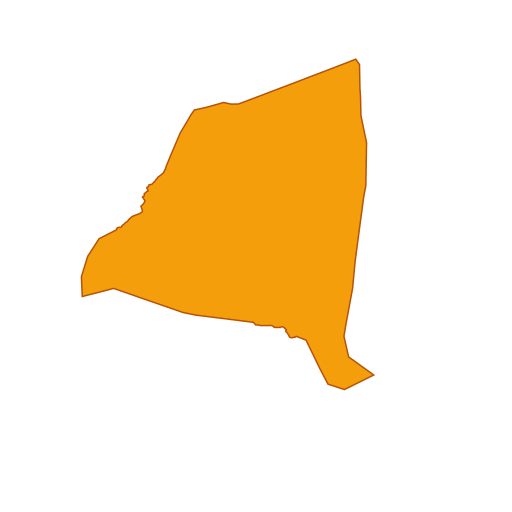 Naran, Sühbaatar, Mongolia, rotated 155°
{"feature_id": "93677404B66780869720119", "entity_name": "Naran", "entity_type": "district", "adm_level": 2, "iso_a3": "MNG", "parent_name": "Mongolia", "parent_adm1": "Sühbaatar", "projection": "natural_earth1", "projection_center": [113.793, 45.123], "detail": "fine", "context": "isolated", "style": "filled", "palette": "amber", "viewbox_px": 512, "rotation_deg": 155, "n_neighbors": 0, "source": "geoboundaries", "source_scale": "gbopen_adm2", "svg_char_len": 3355}
<svg xmlns="http://www.w3.org/2000/svg" viewBox="0 0 512 512"><g transform="rotate(155 256 256)"><path d="M199.6,98.4L214.7,125.4L210.2,146.1L203.7,155.6L182.1,185.9L168.2,209.6L149.0,239.7L133.3,264.2L126.8,273.2L107.9,312.0L101.6,338.8L94.0,356.1L90.8,364.4L81.3,385.7L82.4,392.2L97.5,393.2L115.1,394.4L132.6,395.7L143.3,396.4L171.7,398.5L193.7,400.1L205.6,401.0L207.7,401.2L214.4,404.2L220.4,408.8L239.2,411.9L250.1,414.4L255.4,411.4L259.3,408.6L263.0,406.1L272.2,399.9L274.6,397.8L290.3,383.7L299.5,375.2L300.9,373.6L304.9,370.4L310.3,369.1L310.6,369.0L310.9,368.9L311.3,368.9L311.5,368.9L311.8,368.8L312.0,368.7L312.4,368.5L312.6,368.3L312.8,368.1L313.0,368.0L313.1,367.9L313.3,367.8L313.5,367.7L313.9,367.6L314.1,367.6L314.3,367.5L314.6,367.4L314.9,367.2L315.1,367.1L315.4,366.8L315.6,366.7L315.9,366.5L316.0,366.4L316.4,366.3L316.7,366.3L316.8,366.3L317.0,366.2L317.4,366.0L317.7,366.0L317.9,365.9L318.0,365.9L318.3,365.7L318.5,365.6L318.8,365.4L319.1,365.3L319.5,365.2L319.9,365.1L320.1,365.1L320.3,365.1L320.6,365.2L320.8,365.2L321.2,365.2L321.4,365.3L321.8,365.4L322.0,365.6L322.3,365.7L322.5,365.7L323.0,365.6L323.3,365.5L323.5,365.4L323.6,365.1L323.7,364.9L323.8,364.7L324.1,364.4L324.4,364.3L324.7,364.2L324.9,364.1L325.1,364.2L325.4,364.2L325.5,364.3L325.8,364.3L325.9,364.2L326.0,364.1L326.2,363.8L326.2,363.5L326.2,363.2L326.2,362.8L326.2,361.8L326.3,361.6L326.4,360.6L326.5,360.6L327.1,360.6L327.6,360.5L327.8,360.5L328.2,360.4L328.6,360.3L328.8,360.3L329.0,360.2L329.3,360.0L329.5,359.9L329.8,359.8L330.3,359.9L330.5,359.9L330.8,359.8L330.9,359.7L331.0,359.6L331.2,359.3L331.2,359.0L331.3,358.7L331.4,358.4L331.5,358.2L331.8,357.9L332.0,357.8L332.2,357.7L332.5,357.7L332.8,357.7L333.7,357.6L333.9,357.6L334.0,357.5L333.2,352.9L335.8,350.9L339.3,349.7L339.8,344.8L340.6,344.1L343.4,343.6L349.7,344.1L350.0,344.1L350.7,344.1L351.3,344.1L351.8,344.1L352.4,343.9L353.1,343.7L353.7,343.5L354.0,343.4L354.3,343.3L354.5,343.3L355.0,343.2L355.4,343.0L356.0,342.8L356.4,342.5L357.0,342.2L357.4,341.9L357.7,341.8L358.2,341.7L358.5,341.6L358.8,341.6L359.5,341.5L359.8,341.5L360.2,341.4L360.6,341.3L361.1,341.1L361.6,340.9L362.1,340.7L362.5,340.6L362.9,340.5L363.4,340.4L364.0,340.3L364.3,340.2L364.5,340.1L364.8,340.0L365.0,339.9L365.2,339.7L365.4,339.5L365.5,339.3L365.7,339.2L365.9,339.1L366.3,339.1L366.6,339.2L367.0,339.4L367.5,339.7L367.7,339.8L368.3,339.9L368.9,340.1L369.3,340.1L369.6,340.1L369.8,340.1L370.0,339.9L370.3,339.8L370.8,339.5L371.0,339.3L371.2,339.1L371.3,338.9L371.4,338.7L371.5,338.7L390.9,338.0L408.7,326.8L423.0,311.0L430.6,292.7L398.7,286.8L375.7,264.4L346.0,235.6L335.3,227.7L286.4,197.0L285.3,193.5L283.6,192.9L281.6,191.2L279.7,190.3L277.9,189.5L274.9,188.0L273.6,187.5L272.3,187.0L271.2,186.3L270.7,185.9L270.2,185.1L269.8,184.1L269.6,183.6L269.3,183.3L268.3,183.0L267.8,182.8L267.1,182.2L265.2,181.6L264.6,181.1L264.2,180.9L263.6,181.0L263.0,181.1L262.6,181.1L262.2,181.0L261.6,180.4L261.2,179.5L260.7,179.0L260.4,178.5L260.4,177.9L260.3,177.5L260.2,177.2L259.8,176.7L259.7,176.4L259.7,176.1L259.9,175.9L260.6,175.6L260.9,175.1L260.8,174.7L260.4,174.0L260.1,172.2L260.0,171.3L259.9,170.5L259.8,169.6L260.0,168.7L259.2,167.4L257.8,166.7L256.8,166.4L255.6,166.3L255.1,165.9L254.5,165.9L253.5,166.2L246.2,158.6L245.7,126.8L244.9,109.4L232.3,97.6L199.6,98.4Z" fill="#f59e0b" stroke="#b45309" stroke-width="1.5"/></g></svg>